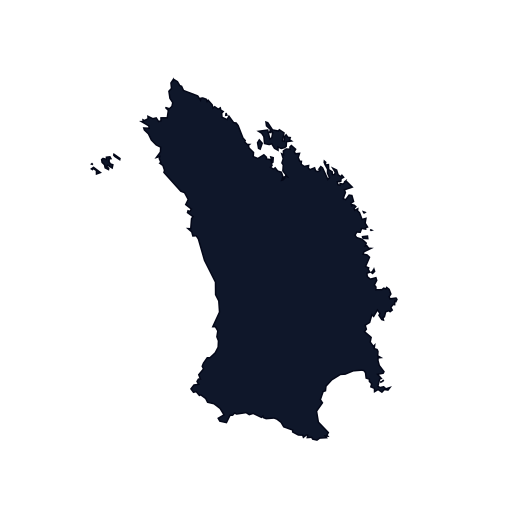 Catanduanes, Catanduanes, Philippines, rotated 337°
{"feature_id": "2640588B14186532473464", "entity_name": "Catanduanes", "entity_type": "district", "adm_level": 2, "iso_a3": "PHL", "parent_name": "Philippines", "parent_adm1": "Catanduanes", "projection": "natural_earth1", "projection_center": [124.275, 13.808], "detail": "fine", "context": "isolated", "style": "filled", "palette": "ink", "viewbox_px": 512, "rotation_deg": 337, "n_neighbors": 0, "source": "geoboundaries", "source_scale": "gbopen_adm2", "svg_char_len": 6134}
<svg xmlns="http://www.w3.org/2000/svg" viewBox="0 0 512 512"><g transform="rotate(337 256 256)"><path d="M248.8,61.2L245.3,63.5L243.7,68.7L240.2,70.3L238.4,77.2L239.3,82.3L237.0,85.5L233.8,86.6L230.7,83.9L232.2,87.7L228.3,94.1L222.5,91.7L221.4,94.4L218.9,94.2L218.1,89.9L214.7,89.3L211.1,85.2L210.3,87.5L206.3,87.7L205.2,86.5L204.7,88.2L203.2,87.6L208.2,94.3L207.6,96.7L202.7,94.3L202.5,96.4L204.7,101.5L205.0,108.3L207.5,114.7L210.8,118.6L208.6,123.0L202.8,126.4L206.3,126.8L205.0,128.6L205.1,132.6L203.7,133.0L205.7,136.3L205.3,141.3L203.9,143.1L212.1,167.0L215.0,169.8L215.7,177.5L211.4,181.2L214.9,187.6L212.3,189.1L211.1,187.8L209.9,189.3L213.4,195.1L211.2,196.5L206.6,205.4L204.1,204.2L206.3,208.7L205.7,212.9L208.9,214.0L209.6,217.8L206.9,239.9L208.5,264.2L203.7,275.8L204.2,282.8L200.5,293.4L188.6,304.2L191.0,305.2L191.6,310.0L188.4,315.1L188.3,319.4L185.5,325.2L180.6,329.2L173.8,331.7L171.4,330.6L165.8,334.1L163.4,336.5L163.6,339.4L156.9,342.9L156.8,347.6L154.9,346.8L152.7,348.4L153.0,351.7L148.5,350.5L144.2,352.9L145.2,357.0L148.0,357.5L149.4,362.2L150.9,362.2L154.0,367.5L154.3,371.7L159.6,375.6L163.4,382.3L164.5,389.7L157.8,390.6L158.2,393.9L163.7,397.8L169.8,392.5L172.3,393.4L174.9,392.1L176.4,393.9L185.7,396.3L187.8,399.4L191.9,399.8L198.0,406.7L199.8,406.0L199.7,407.7L201.8,409.7L209.3,412.2L211.5,414.3L214.1,418.9L214.8,424.1L221.8,430.6L221.0,432.3L225.0,437.3L229.0,439.2L228.8,441.4L232.5,440.4L233.6,441.1L232.2,443.2L236.4,444.6L236.6,446.7L240.2,449.3L243.5,448.5L249.9,450.8L249.4,448.6L251.7,449.9L251.3,448.6L253.6,446.8L248.5,433.3L251.1,422.5L259.8,417.1L259.1,413.4L264.8,407.0L267.3,407.2L269.5,403.2L277.3,399.6L287.4,398.0L291.9,399.6L300.6,399.7L308.5,402.3L310.5,403.5L311.2,406.2L309.7,411.4L312.2,413.6L311.4,415.8L312.6,418.7L310.6,421.3L313.3,424.1L312.1,427.2L316.2,426.6L318.7,430.5L322.0,429.1L325.1,431.0L327.9,429.4L323.6,429.0L322.4,426.2L318.8,425.6L317.3,423.5L321.7,417.6L323.5,417.7L321.7,412.4L327.2,413.6L328.6,412.5L326.7,405.0L327.4,400.0L328.5,397.5L331.2,398.3L329.0,395.4L331.0,391.5L330.9,389.4L328.6,387.4L330.4,384.4L328.7,385.1L327.5,379.8L330.2,375.9L326.3,368.0L329.0,366.5L329.4,362.4L334.7,361.5L339.7,355.3L340.7,357.6L346.7,353.1L347.7,357.4L346.0,358.6L346.9,363.6L348.3,364.8L348.8,362.2L350.4,362.2L353.5,358.1L356.7,358.2L357.7,359.7L360.3,359.0L360.0,356.0L363.2,354.2L364.6,355.0L366.0,351.9L366.9,352.7L368.8,351.0L368.5,349.4L362.5,347.7L362.7,345.4L365.3,343.7L365.5,338.7L364.0,336.0L362.6,337.1L361.1,335.5L358.7,336.2L353.1,333.9L354.3,331.4L353.6,328.9L357.6,325.6L357.9,322.8L352.2,322.0L350.4,318.5L351.3,315.2L354.5,315.4L354.0,312.3L355.1,310.9L352.7,308.5L360.0,301.5L358.6,298.3L355.3,296.2L356.9,294.3L364.8,293.9L362.8,292.9L362.0,289.8L360.4,289.6L362.5,287.2L360.0,281.9L355.8,278.3L355.3,275.5L358.2,273.3L361.2,274.9L364.0,271.9L367.4,274.1L367.8,272.8L370.0,272.9L369.3,268.4L371.9,264.3L367.9,263.8L368.2,256.6L367.1,254.1L368.1,252.3L364.8,252.6L364.8,250.6L367.2,249.5L366.1,247.4L363.9,247.3L364.8,246.4L363.7,245.8L364.1,244.3L367.1,244.0L367.9,237.8L365.5,236.3L360.6,239.2L358.6,237.3L363.1,232.5L363.2,229.6L371.5,230.2L368.4,222.6L363.9,223.7L361.8,222.1L361.1,223.8L359.2,222.3L359.8,219.4L363.3,220.3L364.5,218.1L367.4,217.8L366.6,215.2L364.8,216.0L363.3,213.2L363.8,208.4L361.0,205.2L361.7,209.8L360.2,211.7L358.1,210.9L359.0,208.2L356.7,204.9L358.4,200.2L355.3,199.3L355.8,204.0L354.2,207.7L354.3,212.5L352.0,213.6L351.7,200.9L350.6,199.0L347.9,200.6L349.1,201.3L348.1,202.3L345.7,202.4L344.1,200.9L344.4,197.7L339.5,197.6L338.4,195.6L339.8,193.3L335.4,192.4L333.4,189.2L334.8,186.6L333.3,185.9L333.3,181.9L336.2,178.5L332.3,177.3L332.0,174.9L334.2,173.2L331.7,168.1L329.8,168.9L329.2,171.1L325.6,169.3L322.2,170.0L320.9,173.6L319.6,172.0L319.1,177.1L316.2,180.5L316.7,182.8L314.0,188.1L315.8,195.3L314.4,194.0L312.7,195.8L310.2,196.6L309.1,196.4L311.8,193.4L312.1,188.8L309.1,186.2L308.1,182.3L305.9,182.9L304.0,179.8L306.1,179.0L306.4,176.7L308.2,176.3L310.3,172.2L308.3,170.6L307.9,173.5L307.0,174.8L306.9,172.8L303.4,170.7L304.2,169.2L302.8,165.9L295.8,167.0L292.3,163.4L294.2,159.7L291.8,154.0L292.2,151.2L293.5,150.8L291.6,150.0L290.1,146.7L291.2,145.5L290.1,142.3L290.5,128.9L289.7,125.8L287.5,124.5L285.7,116.7L282.7,119.1L278.9,115.0L280.2,111.1L282.3,110.2L280.6,108.0L281.0,105.7L278.6,106.1L276.3,102.4L274.2,103.1L274.7,99.6L272.8,93.9L271.4,94.7L271.4,92.2L268.7,89.7L266.9,89.2L265.8,90.9L264.9,85.9L253.9,75.3L253.8,70.7L252.4,69.4L251.8,64.8L249.6,61.7L248.5,62.2L248.8,61.2ZM317.5,136.6L316.5,140.3L318.8,145.4L316.7,147.5L317.8,148.1L318.3,146.6L319.7,148.8L316.7,153.4L314.4,153.9L316.0,144.6L307.1,142.2L309.2,145.2L309.9,149.1L307.8,155.8L311.7,158.6L314.3,158.8L315.1,164.1L317.6,167.3L318.9,164.1L321.2,166.9L324.7,167.4L326.7,166.8L328.7,162.7L333.6,164.0L332.3,162.1L333.8,160.4L331.7,159.2L331.1,156.2L329.1,157.2L326.9,161.5L325.3,160.3L329.9,153.6L326.8,148.9L325.5,149.7L320.5,146.4L318.9,137.9L317.5,136.6ZM153.3,106.4L151.6,106.9L150.9,109.7L152.2,112.8L151.6,115.9L154.0,118.8L154.7,117.7L153.5,115.3L155.0,114.5L158.0,118.8L159.9,116.1L157.9,114.3L157.6,111.8L158.8,109.2L160.5,109.7L160.3,107.6L156.9,106.6L156.2,108.7L153.3,106.4ZM304.4,150.4L301.7,152.3L300.4,157.9L301.6,159.3L305.8,154.6L304.4,150.4ZM141.1,110.9L138.5,111.5L139.2,112.5L140.2,111.7L142.5,114.9L141.2,118.2L145.4,118.4L141.1,110.9ZM366.4,281.2L361.6,279.8L361.4,280.8L362.0,281.9L365.7,283.7L366.4,281.2ZM165.0,106.8L164.4,107.6L164.9,109.2L168.2,114.1L168.9,113.1L165.0,106.8ZM359.2,316.5L359.4,314.3L359.2,314.5L358.9,314.4L357.3,315.7L355.7,316.1L356.5,317.6L359.2,316.5ZM356.0,195.3L355.3,196.5L355.4,198.9L356.8,197.0L356.0,195.3ZM284.3,112.7L283.1,114.7L284.2,115.0L284.3,112.7ZM312.2,195.5L313.5,193.9L310.3,196.2L312.2,195.5ZM372.1,257.2L372.1,258.4L372.7,258.7L373.5,258.5L372.1,257.2ZM372.6,277.5L371.5,276.3L371.9,277.4L372.6,277.5ZM323.1,421.0L321.9,420.5L321.7,420.9L323.1,421.0ZM141.1,106.9L140.5,107.1L141.5,108.1L141.1,106.9ZM325.1,420.3L324.2,420.2L323.3,420.9L325.1,420.3ZM367.7,222.0L366.5,222.3L366.4,222.7L367.5,222.2L367.7,222.0Z" fill="#0f172a" stroke="#020617" stroke-width="1.5"/></g></svg>